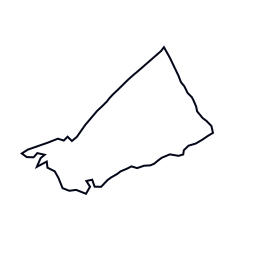 Sapucaia do Sul, Rio Grande do Sul, Brazil, rotated 305°
{"feature_id": "56859067B33945949443498", "entity_name": "Sapucaia do Sul", "entity_type": "district", "adm_level": 2, "iso_a3": "BRA", "parent_name": "Brazil", "parent_adm1": "Rio Grande do Sul", "projection": "robinson", "projection_center": [-51.141, -29.822], "detail": "fine", "context": "isolated", "style": "outline", "palette": "ink", "viewbox_px": 256, "rotation_deg": 305, "n_neighbors": 0, "source": "geoboundaries", "source_scale": "gbopen_adm2", "svg_char_len": 996}
<svg xmlns="http://www.w3.org/2000/svg" viewBox="0 0 256 256"><g transform="rotate(305 128 128)"><path d="M172.7,200.4L177.5,195.2L178.8,188.1L179.0,183.2L181.3,175.0L184.5,171.7L187.5,167.0L189.8,162.8L190.9,156.7L194.5,150.2L195.9,145.1L199.8,139.3L209.5,122.1L214.8,111.1L209.9,110.9L205.5,109.8L178.5,103.1L174.6,102.0L167.8,100.4L154.3,97.9L146.9,96.4L142.0,95.7L137.6,95.5L131.4,94.4L124.3,92.9L106.0,91.2L91.3,91.2L85.2,89.5L86.2,83.5L80.9,82.6L79.0,76.7L69.7,70.5L52.8,58.3L46.2,55.6L46.1,61.8L49.9,67.5L55.4,68.1L58.3,75.1L53.2,73.7L43.9,75.6L53.9,80.7L49.3,84.8L50.5,92.8L47.3,99.5L41.2,108.9L42.9,115.9L47.6,121.1L50.0,131.3L58.1,130.6L60.7,124.3L65.1,128.3L60.8,134.3L64.4,139.7L73.6,141.1L78.0,142.6L84.1,145.5L88.2,146.8L94.1,150.5L98.5,152.8L100.4,158.5L106.3,162.8L110.2,167.7L113.7,169.9L118.4,171.2L123.0,172.7L130.4,177.4L134.2,185.4L138.0,188.4L141.8,186.5L148.2,187.7L154.1,192.4L161.1,195.6L167.7,198.1L172.7,200.4Z" fill="none" stroke="#020617" stroke-width="2"/></g></svg>